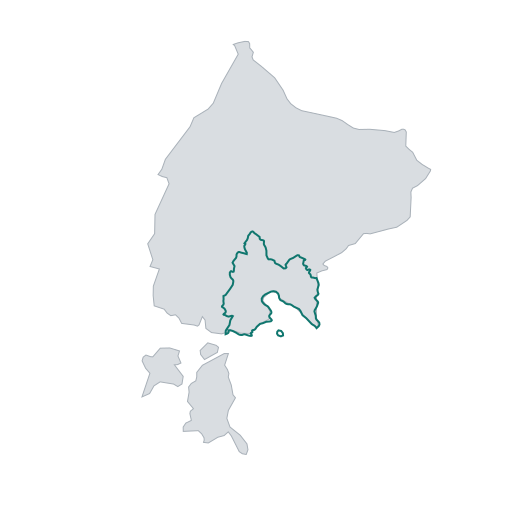 Pärnu highlighted on a map of Estonia, rotated 295°
{"feature_id": "EST-2346", "entity_name": "Pärnu", "entity_type": "County", "adm_level": 1, "iso_a3": "EST", "parent_name": "Estonia", "parent_adm1": "", "projection": "albers", "projection_center": [24.54, 58.305], "detail": "fine", "context": "in_parent", "style": "outline", "palette": "teal", "viewbox_px": 512, "rotation_deg": 295, "n_neighbors": 0, "source": "natural_earth", "source_scale": "10m", "svg_char_len": 5999}
<svg xmlns="http://www.w3.org/2000/svg" viewBox="0 0 512 512"><g transform="rotate(295 256 256)"><path d="M408.3,377.7L406.7,378.1L397.9,377.0L388.0,372.6L383.6,369.2L379.5,369.3L374.5,371.9L356.6,379.2L352.1,377.8L341.6,371.4L336.2,364.3L324.3,350.1L323.2,346.7L321.7,344.0L309.2,340.7L304.6,335.4L300.8,334.7L295.2,332.2L280.6,321.0L277.0,320.0L276.2,321.9L276.5,324.6L275.6,326.2L273.7,326.1L270.4,322.0L266.3,318.3L254.0,325.3L249.5,327.2L245.5,327.6L225.7,336.8L219.7,341.7L217.2,341.1L217.8,336.5L226.1,313.5L227.6,295.2L230.6,292.7L231.4,290.1L230.1,284.3L221.7,280.5L218.3,281.1L215.2,287.3L212.0,291.8L204.5,294.6L198.1,289.7L183.2,283.2L179.5,274.7L178.7,266.1L170.9,257.8L167.8,248.0L169.2,241.2L176.4,236.9L178.4,233.0L169.5,233.5L167.7,232.6L167.3,229.1L163.5,217.1L167.1,212.5L168.7,207.9L165.9,204.0L166.7,199.6L169.0,195.2L167.8,184.8L176.7,179.5L185.3,175.7L203.4,173.9L201.7,164.4L209.0,164.1L221.3,152.7L233.4,154.7L251.0,146.9L284.7,146.7L289.3,142.1L288.4,137.6L288.4,132.8L294.8,134.0L305.4,133.0L345.3,141.6L355.1,141.3L368.9,150.5L376.4,152.7L397.9,151.9L431.4,154.6L437.6,147.8L438.1,146.0L441.5,149.5L445.8,155.2L447.1,158.5L445.8,160.5L441.9,162.4L441.1,164.3L439.5,167.5L434.8,168.2L432.5,170.6L430.1,180.8L425.4,197.6L417.7,210.5L411.5,217.7L408.7,223.1L407.2,229.6L407.0,235.9L414.9,270.7L415.1,277.0L413.9,283.5L413.1,290.2L414.2,295.9L418.9,305.5L424.1,319.8L426.4,329.1L429.6,332.4L432.6,334.7L433.3,336.3L433.3,337.9L431.9,339.8L418.9,345.3L417.4,349.5L416.2,354.2L410.7,361.3L409.2,367.8L408.4,375.1L408.3,377.7ZM113.1,251.2L117.4,254.2L121.4,253.4L125.5,251.5L134.3,253.6L154.1,268.4L155.9,272.2L143.8,273.7L141.0,278.1L138.0,281.1L134.6,282.0L128.6,288.1L120.5,293.8L118.8,297.3L104.4,296.2L96.5,298.2L90.0,304.7L86.9,317.4L81.9,327.2L77.0,330.6L72.0,331.0L71.0,327.2L71.6,323.5L82.5,309.7L84.9,305.2L79.8,303.0L75.6,298.0L66.4,291.8L64.9,287.2L67.2,286.9L69.3,285.7L71.9,281.9L73.3,277.5L66.3,264.2L70.2,262.3L74.9,263.0L79.7,266.9L85.2,262.7L87.5,262.1L91.2,263.8L95.2,255.4L104.3,252.9L108.8,250.3L113.1,251.2ZM132.4,227.5L127.3,233.2L124.4,230.8L122.9,228.0L116.1,240.9L108.7,243.0L104.6,240.3L105.1,235.4L101.4,222.3L95.2,218.4L86.4,217.7L80.1,212.2L104.9,209.4L107.6,203.4L112.8,197.1L116.6,196.5L119.7,198.1L120.2,203.1L121.0,205.1L132.0,208.2L136.2,216.7L137.6,226.8L132.4,227.5ZM157.4,260.6L152.3,261.7L140.4,253.1L143.3,247.5L146.8,245.3L156.9,249.0L158.2,257.6L157.4,260.6Z" fill="#d9dde1" stroke="#a8b0b8" stroke-width="1"/><path d="M261.6,320.1L257.9,324.0L256.3,325.1L251.5,325.8L250.0,326.8L248.7,328.0L248.1,328.6L246.5,328.4L244.8,327.3L242.9,326.8L242.0,328.1L240.8,331.3L239.9,332.1L236.1,332.5L233.5,332.3L231.7,332.1L230.4,332.4L227.1,335.4L224.7,336.7L223.9,337.7L222.9,340.4L222.2,341.6L220.7,342.5L218.9,342.5L216.2,341.4L216.8,340.4L217.3,339.2L217.6,337.9L217.7,336.5L217.9,335.2L220.9,327.8L222.0,323.2L225.0,319.5L226.1,317.4L226.1,311.8L226.6,309.2L226.7,307.7L226.3,306.5L225.8,305.4L225.5,304.1L225.5,302.8L226.3,300.3L226.4,299.0L226.3,297.7L226.5,296.4L227.8,294.7L229.7,293.5L231.3,291.9L232.1,289.2L231.5,286.7L230.1,284.7L224.9,280.5L222.4,279.4L219.8,279.2L217.7,280.3L217.0,281.2L216.3,282.6L215.7,284.2L215.5,285.6L215.4,287.4L215.2,288.4L213.2,291.8L212.5,292.9L211.6,293.7L210.5,294.0L208.2,293.3L207.1,293.3L206.0,294.3L204.9,297.0L204.3,297.5L203.2,297.1L202.6,296.3L200.7,293.1L197.9,290.5L196.2,288.3L192.2,286.6L189.7,286.3L188.5,285.8L188.2,285.4L187.5,284.4L187.2,284.1L186.7,284.0L186.3,284.3L185.9,284.7L185.5,284.9L184.9,284.7L184.3,284.1L183.7,283.9L183.2,284.5L182.8,285.2L182.4,285.7L182.0,285.8L181.5,285.3L181.1,284.3L180.8,283.0L180.6,281.5L180.5,280.4L180.2,278.6L179.5,277.7L178.7,277.0L178.1,275.9L177.7,274.4L177.7,273.2L178.1,270.3L178.2,266.8L177.9,264.0L177.0,262.5L175.2,263.4L174.5,263.3L173.3,262.5L172.3,261.5L175.3,260.2L176.3,260.2L182.2,261.1L186.9,259.9L191.7,260.4L191.7,259.5L191.5,259.2L189.5,256.8L189.2,255.0L189.2,254.3L189.4,253.6L189.4,253.1L189.4,252.7L189.3,252.3L189.1,251.6L189.3,251.2L190.0,251.3L191.6,252.2L192.6,252.2L193.6,251.6L194.9,249.8L195.3,248.4L195.4,247.3L195.6,246.6L196.1,246.4L198.1,247.0L199.1,246.9L201.5,245.4L203.1,244.9L206.0,243.4L207.7,244.9L215.2,246.4L220.0,247.1L223.1,246.3L224.1,245.8L224.6,245.2L224.9,244.7L225.3,243.3L225.7,242.5L226.0,241.9L227.9,240.2L229.9,239.3L230.6,239.4L231.5,239.6L231.8,240.1L231.7,240.8L231.7,241.4L232.3,242.3L233.2,242.2L235.1,241.4L237.8,240.8L240.0,237.6L242.1,237.7L245.9,238.7L247.4,238.5L248.9,237.8L250.1,237.7L251.6,238.1L252.3,238.6L252.6,239.3L252.8,241.2L253.4,244.0L253.6,245.7L253.8,246.8L255.1,246.3L257.2,243.4L258.2,242.4L259.4,241.5L260.3,241.1L260.7,241.1L261.7,241.4L262.4,241.3L262.6,241.2L262.7,240.2L266.8,241.1L268.7,241.0L271.1,240.4L273.2,241.0L275.2,241.2L276.2,241.8L276.8,242.5L276.8,243.1L276.6,243.8L276.2,244.5L276.0,245.2L275.8,246.7L274.8,251.2L273.2,252.1L272.8,252.9L272.7,253.7L272.9,254.5L273.2,255.4L273.2,256.6L272.6,257.1L270.2,258.0L269.3,258.9L268.5,260.2L267.7,261.2L265.2,263.2L261.0,265.2L258.8,267.7L258.3,268.7L258.4,269.0L259.2,270.6L259.5,271.9L259.5,274.7L257.8,276.1L257.5,277.5L257.7,280.1L257.3,282.7L256.4,286.3L257.2,287.8L257.5,288.1L258.6,288.4L260.5,286.5L261.4,286.6L261.8,286.9L266.7,287.8L267.6,288.3L270.0,290.5L273.7,292.8L274.4,293.5L274.7,294.7L273.6,296.0L273.6,296.6L273.7,297.5L273.8,301.6L273.6,302.2L273.2,302.2L272.8,301.7L272.1,301.2L268.8,302.0L268.2,302.7L267.8,303.5L268.0,304.5L268.2,305.5L268.1,306.4L267.9,306.8L267.4,306.7L266.9,306.4L266.1,306.3L265.3,307.2L265.0,307.9L265.0,308.5L265.3,308.8L265.9,309.3L266.1,309.6L266.5,310.2L266.4,311.0L265.8,311.2L264.9,311.1L264.0,310.9L263.1,311.1L262.8,311.5L262.6,312.2L262.3,313.1L261.7,313.7L260.6,314.4L260.1,315.1L260.1,315.8L260.4,316.4L260.6,316.9L260.7,317.5L260.8,318.2L260.9,318.8L261.1,319.3L261.6,320.1L261.6,320.1ZM193.7,312.5L193.4,309.6L194.5,307.9L196.3,307.3L198.1,307.8L198.7,310.5L197.4,313.0L195.4,314.1L193.7,312.5Z" fill="none" stroke="#0f766e" stroke-width="2"/></g></svg>